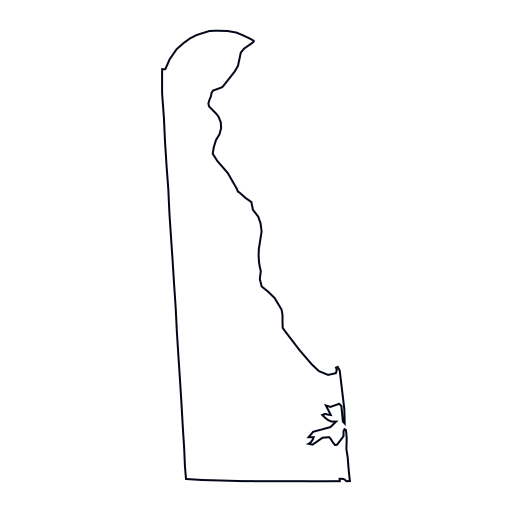 SVG path tracing the border of Delaware
{"feature_id": "USA-3555", "entity_name": "Delaware", "entity_type": "State", "adm_level": 1, "iso_a3": "USA", "parent_name": "United States of America", "parent_adm1": "", "projection": "mercator", "projection_center": [-75.371, 39.146], "detail": "fine", "context": "isolated", "style": "outline", "palette": "ink", "viewbox_px": 512, "rotation_deg": 0, "n_neighbors": 0, "source": "natural_earth", "source_scale": "10m", "svg_char_len": 1934}
<svg xmlns="http://www.w3.org/2000/svg" viewBox="0 0 512 512"><path d="M346.3,481.1L345.2,480.0L343.7,479.1L341.9,478.8L339.6,478.8L339.8,481.2L333.6,481.2L319.9,481.3L300.2,481.2L280.6,481.2L260.9,481.2L241.3,481.1L220.9,480.5L202.0,480.0L186.0,479.0L184.9,465.7L184.2,448.7L182.8,427.1L181.4,402.4L179.9,378.7L178.4,355.9L176.9,332.4L175.7,308.0L174.1,284.5L172.6,260.5L170.9,235.6L169.4,213.0L168.3,189.1L166.6,166.5L165.0,141.6L163.9,117.5L162.1,93.4L162.1,69.2L163.1,69.2L165.0,69.3L165.5,68.8L169.7,59.2L176.6,49.2L183.9,42.8L190.0,38.4L196.5,35.1L202.0,33.3L209.4,31.0L216.5,30.7L227.5,31.0L236.2,32.5L242.5,35.1L248.4,37.9L252.2,39.8L253.8,41.1L253.1,42.3L244.2,48.5L240.8,52.6L238.0,65.8L234.7,71.5L223.3,86.0L222.0,87.3L213.0,90.6L211.6,92.8L210.9,96.4L209.4,100.0L208.4,103.5L209.0,106.4L216.2,113.7L218.4,116.5L220.8,122.3L221.1,128.2L219.5,134.2L216.0,140.0L213.8,147.1L212.7,153.8L217.5,161.2L221.6,165.9L227.9,173.2L237.2,189.5L237.8,191.5L239.3,192.4L245.2,197.7L251.4,202.1L252.9,209.8L258.2,216.6L260.6,223.5L261.6,231.5L258.9,248.6L258.6,255.1L259.0,262.1L259.7,266.5L260.8,271.2L259.8,279.1L261.7,286.5L267.9,291.5L274.6,298.0L281.6,309.7L282.5,314.9L282.5,320.9L282.7,327.9L286.2,332.7L299.4,350.0L311.7,364.3L319.0,371.2L328.1,374.9L335.8,373.2L336.8,370.1L336.0,367.6L337.7,366.9L339.7,370.6L344.3,408.8L344.7,423.5L342.9,421.6L341.4,406.1L339.2,403.8L330.5,406.9L325.9,405.5L330.8,415.0L327.2,414.5L325.8,413.9L324.2,414.1L323.9,414.6L323.2,414.7L322.3,415.0L325.0,417.7L328.1,420.1L331.7,421.6L336.1,421.6L330.4,427.1L313.1,431.8L308.6,437.2L313.7,437.2L312.7,439.6L311.5,441.4L310.1,442.9L308.6,443.8L312.6,444.6L322.6,437.7L329.2,437.2L330.8,439.0L332.8,442.3L335.0,445.0L336.9,444.8L342.0,438.3L343.5,436.1L343.5,431.3L344.5,429.2L345.8,429.9L346.2,432.3L346.7,438.3L346.4,449.2L347.7,457.4L348.4,466.6L349.1,474.0L349.9,481.1L346.4,481.2L346.3,481.1Z" fill="none" stroke="#020617" stroke-width="2"/></svg>